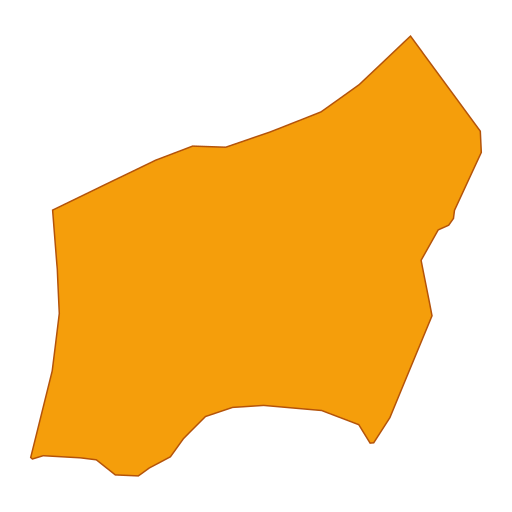 Yarpea Mahn, Nimba, Liberia
{"feature_id": "62588387B64952289701703", "entity_name": "Yarpea Mahn", "entity_type": "district", "adm_level": 2, "iso_a3": "LBR", "parent_name": "Liberia", "parent_adm1": "Nimba", "projection": "mercator", "projection_center": [-8.674, 7.231], "detail": "fine", "context": "isolated", "style": "filled", "palette": "amber", "viewbox_px": 512, "rotation_deg": 0, "n_neighbors": 0, "source": "geoboundaries", "source_scale": "gbopen_adm2", "svg_char_len": 1032}
<svg xmlns="http://www.w3.org/2000/svg" viewBox="0 0 512 512"><path d="M30.7,457.5L32.4,459.0L43.2,455.7L65.8,457.0L69.4,457.2L80.2,457.8L96.3,459.8L115.3,474.9L138.3,475.9L142.0,473.3L149.4,467.9L170.4,456.8L172.7,453.6L183.4,438.7L189.6,432.4L205.5,416.5L232.6,407.4L235.7,407.2L242.4,406.8L263.6,405.4L306.7,409.2L321.7,410.5L327.6,412.8L358.8,424.7L370.1,443.1L373.7,442.8L389.9,417.6L400.6,391.6L432.0,315.8L429.7,303.8L428.7,298.7L423.2,271.1L421.1,260.3L438.2,229.9L442.2,228.1L448.7,225.2L450.8,222.2L453.5,218.4L453.6,217.2L454.5,210.3L468.8,179.4L481.3,152.4L480.6,137.7L480.5,135.3L480.3,131.2L450.5,90.6L423.2,53.5L422.1,51.9L410.5,36.1L404.6,41.6L386.3,59.0L359.1,84.7L355.2,87.5L335.5,101.6L333.8,102.8L321.0,111.9L296.5,121.6L293.7,122.7L269.8,132.1L264.8,133.8L255.1,137.1L225.8,147.2L222.2,147.1L192.6,146.1L155.6,160.2L144.7,165.5L114.4,180.1L105.1,184.6L52.6,210.1L56.8,263.6L57.3,269.1L57.7,278.7L58.9,305.0L59.3,313.5L55.3,346.2L52.2,371.0L30.7,457.5Z" fill="#f59e0b" stroke="#b45309" stroke-width="1.5"/></svg>